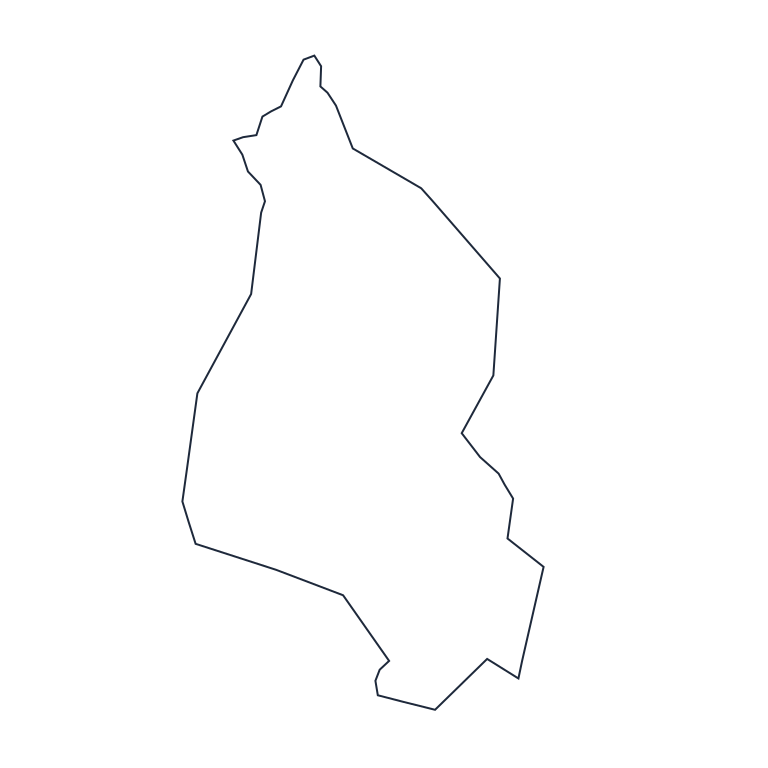 outline of Barro Duro, Piauí, Brazil, rotated 188°
{"feature_id": "56859067B99365487632822", "entity_name": "Barro Duro", "entity_type": "district", "adm_level": 2, "iso_a3": "BRA", "parent_name": "Brazil", "parent_adm1": "Piauí", "projection": "equal_earth", "projection_center": [-42.496, -5.81], "detail": "fine", "context": "isolated", "style": "outline", "palette": "slate", "viewbox_px": 768, "rotation_deg": 188, "n_neighbors": 0, "source": "geoboundaries", "source_scale": "gbopen_adm2", "svg_char_len": 737}
<svg xmlns="http://www.w3.org/2000/svg" viewBox="0 0 768 768"><g transform="rotate(188 384 384)"><path d="M346.8,74.9L320.4,71.9L288.1,68.5L243.6,126.1L209.9,111.1L208.7,129.0L200.5,225.1L240.2,248.2L240.2,288.5L250.6,301.2L258.0,311.2L278.7,325.0L300.2,346.1L276.9,407.7L283.9,504.6L361.5,572.1L374.4,583.0L447.7,612.9L470.3,653.0L480.5,664.6L488.4,669.8L490.5,689.9L498.7,699.5L508.8,694.0L516.5,672.0L524.6,644.6L533.7,638.3L541.6,631.9L545.0,612.7L557.9,608.8L567.0,604.1L556.2,591.4L548.3,575.5L533.9,564.0L527.3,548.4L529.5,536.6L528.1,454.6L567.5,348.8L567.3,272.7L567.3,239.6L558.3,220.3L548.3,199.5L465.1,185.0L395.1,169.1L340.4,110.5L348.5,100.5L351.2,88.9L346.8,74.9Z" fill="none" stroke="#1e293b" stroke-width="2"/></g></svg>